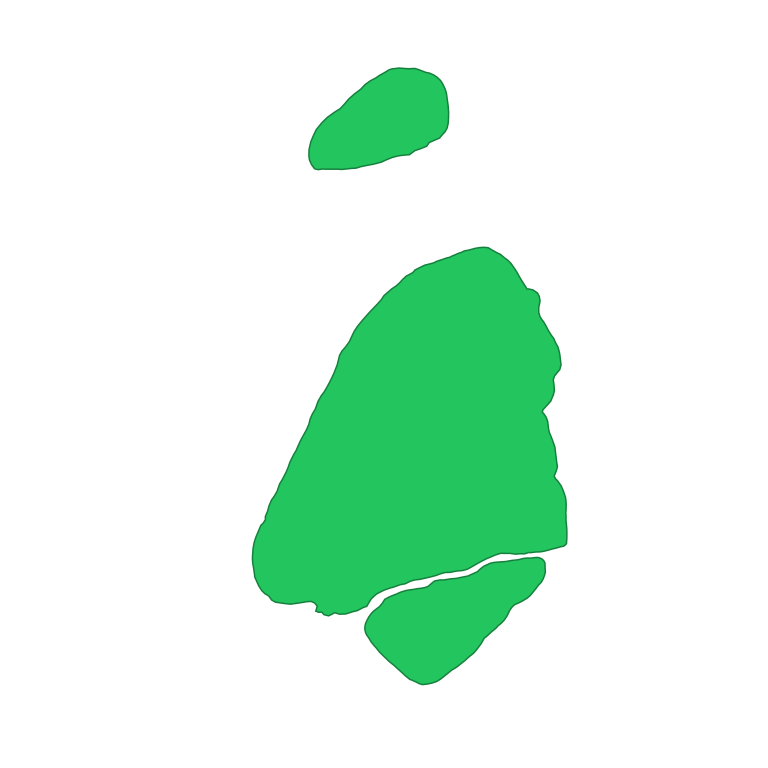 South Maalhosmadulu, Maldives, rotated 164°
{"feature_id": "70690204B34947259557359", "entity_name": "South Maalhosmadulu", "entity_type": "district", "adm_level": 2, "iso_a3": "MDV", "parent_name": "Maldives", "parent_adm1": "", "projection": "natural_earth1", "projection_center": [72.971, 5.094], "detail": "fine", "context": "isolated", "style": "filled", "palette": "green", "viewbox_px": 768, "rotation_deg": 164, "n_neighbors": 0, "source": "geoboundaries", "source_scale": "gbopen_adm2", "svg_char_len": 5220}
<svg xmlns="http://www.w3.org/2000/svg" viewBox="0 0 768 768"><g transform="rotate(164 384 384)"><path d="M559.5,248.3L560.1,242.9L561.4,233.8L560.1,224.7L558.5,219.2L556.4,215.4L553.3,212.1L551.6,207.4L548.5,204.2L543.6,202.0L539.7,200.2L534.4,198.1L528.1,197.2L523.5,196.6L518.7,196.1L514.0,195.1L511.1,192.7L509.4,189.0L511.0,186.3L512.2,184.5L509.8,182.6L506.6,181.8L505.4,178.9L501.1,176.4L497.0,177.1L494.6,177.8L490.4,175.1L484.3,173.5L476.5,173.7L472.1,173.5L465.4,174.9L461.9,175.0L458.8,178.0L455.3,181.1L451.4,183.1L448.4,184.4L440.8,185.8L434.2,186.2L431.1,186.1L423.7,186.6L418.7,186.1L413.2,187.1L408.4,187.2L403.3,186.3L398.1,186.0L391.5,185.7L386.6,185.6L381.9,186.0L376.9,185.9L372.4,184.7L365.9,184.2L359.7,183.0L354.9,183.0L350.0,184.1L344.0,185.6L339.6,186.6L333.5,187.8L328.2,188.4L324.4,188.9L318.5,189.1L314.3,187.8L309.4,186.4L304.5,184.2L299.6,183.2L295.8,182.0L291.3,182.1L289.4,181.4L285.1,180.8L281.7,180.0L279.7,179.5L275.3,179.1L270.2,179.0L266.9,179.0L263.3,178.8L260.2,178.9L257.7,178.7L255.8,178.6L253.1,179.8L252.6,180.2L250.6,185.8L249.2,190.6L248.2,194.5L247.5,198.0L246.6,203.0L245.4,206.9L244.8,209.9L243.6,213.1L242.2,217.6L241.2,221.9L240.8,225.1L240.9,228.6L241.2,233.1L241.8,237.4L243.0,240.7L243.9,243.4L245.2,245.5L245.8,248.6L243.5,251.5L242.0,253.5L240.0,256.9L239.6,260.8L237.5,274.0L237.1,276.5L237.5,283.1L237.9,287.6L238.4,291.8L238.2,295.2L237.6,299.3L237.0,302.9L237.2,307.0L238.3,310.7L239.3,312.7L239.5,313.5L238.1,315.6L236.2,316.7L232.8,318.8L228.4,321.6L224.1,327.0L222.0,330.7L220.8,336.5L220.1,341.4L217.9,344.7L213.9,347.5L211.1,349.3L208.5,353.7L207.8,358.2L206.8,364.4L206.6,368.3L206.6,371.7L207.6,375.8L208.3,381.0L209.8,385.0L211.3,390.4L212.2,394.8L213.4,399.7L214.7,402.9L215.5,406.1L215.5,410.2L214.1,415.1L212.9,417.2L211.1,420.8L210.6,425.4L211.4,429.2L214.8,433.3L218.7,435.5L220.3,435.8L221.5,440.0L223.3,446.0L224.4,450.4L225.3,454.3L226.4,458.2L228.7,464.9L230.9,468.9L233.5,472.2L236.4,476.6L238.8,478.6L243.0,482.8L246.3,486.3L250.1,487.8L254.6,488.8L259.4,489.3L263.0,489.3L266.0,489.4L270.4,489.8L272.6,489.3L277.5,489.0L279.9,488.6L283.6,488.2L285.8,487.7L288.7,487.9L291.8,487.7L299.7,487.4L302.6,486.8L306.3,486.8L312.1,487.0L319.5,485.7L322.9,485.0L325.5,483.2L329.7,482.2L332.9,481.6L337.2,479.4L341.2,476.9L345.6,474.8L349.9,473.5L354.9,471.2L359.6,469.0L363.8,465.5L368.6,462.5L377.1,457.6L381.7,454.7L387.6,450.9L393.5,446.8L398.1,442.9L402.0,438.5L405.6,434.3L410.5,430.4L415.4,427.2L418.8,423.8L423.7,415.3L428.7,408.7L432.5,404.3L436.3,400.2L439.5,396.9L443.7,392.9L447.6,390.0L452.1,385.6L457.0,378.8L461.0,375.1L464.5,370.9L467.4,365.9L471.4,361.1L475.5,357.0L478.8,353.7L481.6,350.6L487.0,344.1L490.0,341.3L493.4,337.7L496.0,334.8L499.2,330.2L502.1,326.6L504.3,324.2L508.0,320.3L511.9,316.7L516.3,310.4L520.4,306.4L524.1,303.5L527.9,298.9L531.2,293.5L534.6,289.3L535.4,286.3L538.7,283.4L541.2,282.2L545.6,276.8L549.8,271.5L552.6,267.2L555.2,262.0L557.3,256.3L558.5,252.8L559.5,248.3ZM470.2,149.7L469.7,147.1L468.7,144.3L467.5,139.7L465.6,135.2L463.9,131.8L462.4,127.9L460.2,124.0L457.8,119.8L455.6,116.0L453.4,112.8L451.8,110.6L448.9,105.8L446.2,101.5L444.7,98.9L443.4,96.9L440.6,92.9L438.7,91.6L435.3,88.7L432.9,86.4L430.0,84.5L425.0,83.6L420.4,83.3L415.2,83.5L410.6,84.9L404.0,87.6L398.1,90.2L391.9,91.9L387.0,94.0L382.5,95.8L378.2,98.0L372.2,100.5L368.8,102.6L362.2,107.6L357.7,112.0L354.1,113.5L349.7,115.8L346.5,117.2L343.5,118.5L340.8,120.3L337.8,121.4L333.8,123.7L329.9,126.9L327.4,129.6L325.1,132.2L321.9,134.6L319.2,135.9L315.3,136.4L311.9,137.0L308.7,137.8L305.5,138.7L301.9,140.3L299.6,141.8L294.2,145.6L291.5,147.7L287.4,150.1L284.6,152.9L282.3,156.0L280.7,158.8L280.1,161.6L279.6,163.7L279.1,165.7L278.6,167.5L279.1,170.0L280.3,172.2L282.8,174.3L284.4,175.0L287.1,175.6L290.5,176.1L295.1,177.4L298.4,177.9L303.7,178.1L309.9,179.2L315.9,179.8L322.0,181.1L327.1,182.1L331.2,182.4L338.4,181.3L342.6,179.6L346.0,177.8L353.1,176.8L356.3,176.3L363.6,176.9L368.0,177.2L373.5,178.3L380.7,179.2L384.0,180.2L387.1,180.5L389.6,180.7L392.0,179.8L394.7,178.5L397.8,177.2L400.8,177.1L404.3,177.4L407.8,178.0L411.9,178.4L416.6,179.1L419.1,179.4L422.8,179.4L425.9,179.3L429.5,178.7L433.0,178.4L437.4,177.9L442.6,176.8L446.2,173.6L449.9,171.2L455.8,168.9L459.2,167.1L462.8,164.3L465.6,161.4L467.8,158.8L469.3,155.8L470.1,153.2L470.2,149.7ZM393.9,619.8L393.2,614.9L391.4,610.0L387.9,608.1L385.0,607.8L383.2,607.5L381.7,606.8L375.3,605.0L369.8,603.4L365.1,601.8L356.3,600.3L351.3,599.2L346.3,599.3L339.8,598.8L333.5,598.2L325.4,598.0L319.7,598.9L313.7,599.5L308.1,599.4L303.4,598.8L296.3,597.4L290.1,599.8L284.1,600.1L277.4,600.8L274.1,603.6L268.4,604.4L262.8,605.1L258.9,607.8L255.8,609.6L252.8,612.6L250.4,617.0L248.6,622.0L247.1,627.0L245.8,632.9L244.6,641.0L243.9,646.1L243.9,650.5L244.9,656.5L246.0,660.2L248.6,664.5L251.3,667.6L254.6,670.3L258.0,672.1L264.0,676.6L267.3,678.8L273.2,680.2L277.5,681.7L282.2,683.5L289.5,684.7L292.7,684.6L297.6,683.2L303.3,681.9L307.7,680.4L313.4,679.3L319.7,677.0L325.1,673.8L332.9,670.8L339.1,667.8L344.2,664.4L350.1,660.8L356.7,658.9L364.8,656.0L371.5,652.4L379.0,647.2L383.5,642.1L387.6,637.0L391.5,629.9L393.4,623.6L393.9,619.8Z" fill="#22c55e" stroke="#15803d" stroke-width="1.5"/></g></svg>